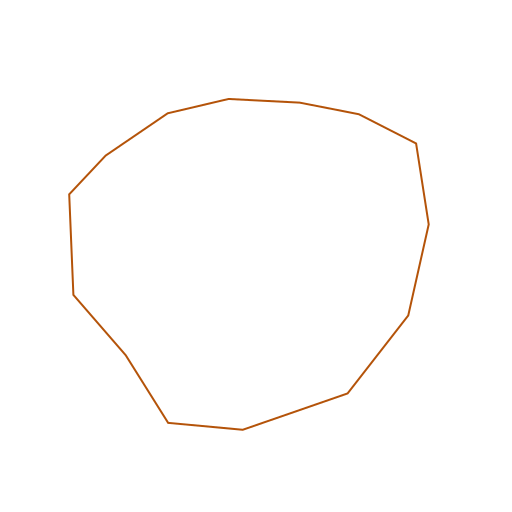 the district of Ariwara, Orientale, Democratic Republic of the Congo, rotated 253°
{"feature_id": "63176286B55306571020797", "entity_name": "Ariwara", "entity_type": "district", "adm_level": 2, "iso_a3": "COD", "parent_name": "Democratic Republic of the Congo", "parent_adm1": "Orientale", "projection": "robinson", "projection_center": [30.708, 3.137], "detail": "fine", "context": "isolated", "style": "outline", "palette": "amber", "viewbox_px": 512, "rotation_deg": 253, "n_neighbors": 0, "source": "geoboundaries", "source_scale": "gbopen_adm2", "svg_char_len": 342}
<svg xmlns="http://www.w3.org/2000/svg" viewBox="0 0 512 512"><g transform="rotate(253 256 256)"><path d="M199.2,102.4L122.1,123.2L93.7,192.5L97.8,303.4L154.6,384.2L235.7,430.4L316.8,442.0L361.5,395.8L389.9,342.6L414.2,275.6L418.3,213.3L396.0,141.6L369.6,95.4L272.2,70.0L199.2,102.4Z" fill="none" stroke="#b45309" stroke-width="2"/></g></svg>